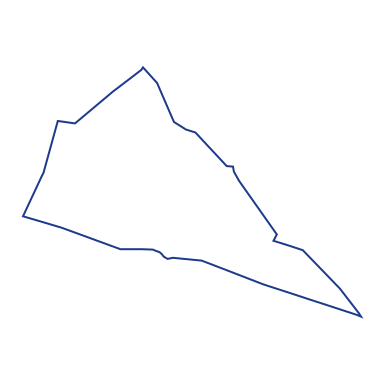 the district of Caldeirão Grande, Bahia, Brazil
{"feature_id": "56859067B57700973719818", "entity_name": "Caldeirão Grande", "entity_type": "district", "adm_level": 2, "iso_a3": "BRA", "parent_name": "Brazil", "parent_adm1": "Bahia", "projection": "natural_earth1", "projection_center": [-40.178, -11.037], "detail": "fine", "context": "isolated", "style": "outline", "palette": "blue", "viewbox_px": 384, "rotation_deg": 0, "n_neighbors": 0, "source": "geoboundaries", "source_scale": "gbopen_adm2", "svg_char_len": 656}
<svg xmlns="http://www.w3.org/2000/svg" viewBox="0 0 384 384"><path d="M361.0,316.6L359.0,313.4L356.4,310.0L339.8,288.5L302.8,250.2L289.8,245.9L273.5,240.8L276.8,234.4L239.3,181.2L233.9,171.7L233.0,166.6L226.7,166.1L213.3,151.7L195.4,132.5L185.9,129.5L174.0,122.0L171.6,116.6L157.1,83.0L143.0,67.4L141.3,69.9L122.1,84.6L113.0,91.5L75.0,123.4L57.8,121.0L43.5,172.8L41.9,175.9L23.0,216.3L61.3,227.6L120.4,249.2L142.1,249.2L152.9,249.6L155.9,250.9L159.5,252.1L161.9,254.2L163.8,256.7L167.6,258.9L172.9,257.8L201.6,260.6L219.1,267.3L255.6,281.4L263.4,284.4L303.0,297.3L310.3,299.7L356.6,314.8L361.0,316.6Z" fill="none" stroke="#1e3a8a" stroke-width="2"/></svg>